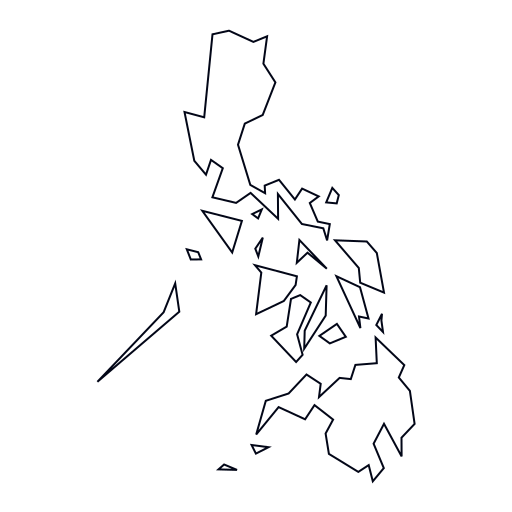 outline of Philippines
{"feature_id": "PHL", "entity_name": "Philippines", "entity_type": "country or territory", "adm_level": 0, "iso_a3": "PHL", "parent_name": "Asia", "parent_adm1": "", "projection": "albers", "projection_center": [122.681, 12.951], "detail": "medium", "context": "isolated", "style": "outline", "palette": "ink", "viewbox_px": 512, "rotation_deg": 0, "n_neighbors": 0, "source": "natural_earth", "source_scale": "50m", "svg_char_len": 1911}
<svg xmlns="http://www.w3.org/2000/svg" viewBox="0 0 512 512"><path d="M229.0,30.7L253.4,41.9L267.1,36.3L263.4,63.7L275.4,82.4L262.7,115.0L244.8,123.6L238.0,144.7L250.3,184.9L265.1,193.2L264.7,185.6L279.0,179.8L294.9,199.5L302.1,188.6L318.7,196.4L309.8,203.0L317.8,221.6L329.8,224.1L327.1,240.4L323.3,228.3L301.9,224.0L277.9,194.0L278.1,218.8L250.6,192.9L236.1,202.9L212.4,197.3L222.8,168.2L211.0,159.9L206.0,174.7L194.3,160.8L184.5,112.0L204.2,117.3L212.5,34.3L229.0,30.7ZM375.6,337.5L404.3,365.1L398.8,377.5L409.9,390.9L414.6,423.9L401.5,437.7L401.6,456.4L384.0,423.8L373.6,443.7L383.8,468.1L372.8,481.3L368.7,465.1L358.3,471.9L328.9,453.9L325.6,433.5L333.1,419.6L314.5,405.1L305.1,419.3L278.6,407.1L256.2,434.5L265.8,400.8L288.6,393.5L306.5,374.5L320.7,383.8L319.0,397.1L339.6,377.9L350.8,379.1L355.4,364.9L376.8,363.2L375.6,337.5ZM296.1,362.0L271.2,335.7L286.7,326.6L291.0,298.9L300.2,295.1L310.8,302.5L297.1,334.3L302.6,354.8L296.1,362.0ZM366.8,241.5L376.8,253.0L384.0,292.6L360.2,282.7L358.8,268.0L335.0,240.3L366.8,241.5ZM255.0,265.2L296.9,276.3L295.6,285.0L283.8,301.0L256.1,314.2L261.3,272.6L255.0,265.2ZM97.4,381.8L163.6,312.3L175.2,283.4L179.3,311.7L97.4,381.8ZM202.3,210.8L241.9,220.9L232.2,252.5L202.3,210.8ZM336.4,276.2L360.0,287.2L368.5,318.5L359.0,316.5L360.4,328.1L336.4,276.2ZM304.2,348.7L304.7,330.7L326.6,285.3L325.7,315.6L304.2,348.7ZM345.8,336.8L329.8,343.4L319.4,335.9L336.9,323.9L345.8,336.8ZM299.4,240.0L326.8,268.7L307.5,252.7L296.8,262.8L299.4,240.0ZM336.7,203.4L326.2,202.4L332.3,187.9L338.8,195.1L336.7,203.4ZM268.5,447.2L255.9,453.6L251.6,445.0L268.5,447.2ZM186.8,249.3L198.2,252.2L201.1,259.4L190.8,259.5L186.8,249.3ZM252.2,214.1L261.8,209.4L258.1,218.4L252.2,214.1ZM224.1,464.5L237.0,469.9L218.5,469.4L224.1,464.5ZM383.0,332.0L376.3,325.0L382.0,313.8L381.4,320.5L383.0,332.0ZM262.8,237.6L258.3,256.5L255.3,248.7L262.8,237.6Z" fill="none" stroke="#020617" stroke-width="2"/></svg>